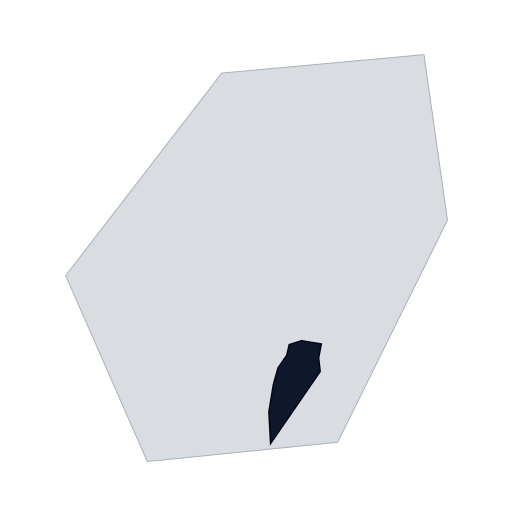 Montegiardino highlighted on a map of San Marino, rotated 4°
{"feature_id": "SMR-4889", "entity_name": "Montegiardino", "entity_type": "state/province", "adm_level": 1, "iso_a3": "SMR", "parent_name": "San Marino", "parent_adm1": "", "projection": "mercator", "projection_center": [12.471, 43.912], "detail": "fine", "context": "in_parent", "style": "filled", "palette": "ink", "viewbox_px": 512, "rotation_deg": 4, "n_neighbors": 0, "source": "natural_earth", "source_scale": "10m", "svg_char_len": 444}
<svg xmlns="http://www.w3.org/2000/svg" viewBox="0 0 512 512"><g transform="rotate(4 256 256)"><path d="M350.4,436.1L161.9,468.6L67.5,288.8L209.1,75.9L409.5,43.4L444.5,206.9L350.4,436.1Z" fill="#d9dde1" stroke="#a8b0b8" stroke-width="1"/><path d="M327.3,339.2L325.6,353.3L328.1,366.7L283.6,442.1L279.7,410.4L282.3,382.8L285.8,366.0L293.6,352.9L295.3,342.1L307.4,337.3L327.3,339.2Z" fill="#0f172a" stroke="#020617" stroke-width="1.5"/></g></svg>